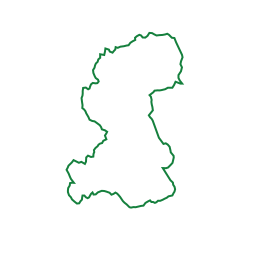 Carmo do Rio Verde, Goiás, Brazil, rotated 151°
{"feature_id": "56859067B98577330438289", "entity_name": "Carmo do Rio Verde", "entity_type": "district", "adm_level": 2, "iso_a3": "BRA", "parent_name": "Brazil", "parent_adm1": "Goiás", "projection": "robinson", "projection_center": [-49.728, -15.419], "detail": "fine", "context": "isolated", "style": "outline", "palette": "green", "viewbox_px": 256, "rotation_deg": 151, "n_neighbors": 0, "source": "geoboundaries", "source_scale": "gbopen_adm2", "svg_char_len": 2733}
<svg xmlns="http://www.w3.org/2000/svg" viewBox="0 0 256 256"><g transform="rotate(151 128 128)"><path d="M209.3,86.7L207.2,85.8L205.3,86.9L203.0,87.7L201.6,89.7L200.5,91.0L198.9,90.1L198.4,87.8L197.3,86.2L195.7,86.2L194.1,87.2L192.3,88.3L190.3,88.8L190.4,86.5L188.4,85.6L185.6,86.3L181.5,85.8L179.3,84.4L177.8,82.9L175.5,80.3L174.8,77.7L172.7,77.4L170.3,77.6L169.3,75.9L168.8,74.0L168.3,71.4L168.1,68.9L167.9,66.6L167.3,64.4L166.2,61.8L165.1,58.0L163.9,56.9L161.6,56.2L159.7,55.0L156.8,54.2L154.3,53.5L152.1,52.6L149.1,54.0L146.5,54.1L143.8,54.0L143.4,51.9L141.9,51.1L140.8,49.5L139.2,49.3L137.0,49.8L135.1,48.7L132.3,48.4L130.3,48.4L127.9,48.2L125.7,48.6L124.0,48.1L121.9,47.5L119.7,49.0L118.2,49.8L116.5,51.6L115.8,54.1L116.0,56.4L115.2,58.5L116.2,61.7L117.0,76.1L114.2,74.4L112.1,74.0L108.4,75.1L106.0,75.9L102.3,80.0L101.6,81.6L102.4,85.9L101.8,87.6L100.7,91.4L101.3,94.3L102.4,96.3L104.7,96.9L105.7,104.5L102.8,122.5L102.9,124.7L103.5,126.8L103.6,129.0L97.7,131.4L96.5,134.5L95.8,137.1L94.9,139.5L93.7,141.1L92.8,144.3L93.2,146.3L88.4,147.0L86.7,147.8L83.9,146.6L82.0,145.5L80.3,144.9L76.7,143.9L73.6,143.9L69.7,141.7L66.8,143.3L64.0,145.4L60.7,141.5L59.1,140.6L59.7,144.3L59.6,147.3L58.2,149.8L54.2,151.9L51.4,154.9L51.2,158.4L49.2,160.7L46.0,163.4L45.3,165.8L44.4,179.6L43.8,184.2L45.9,185.7L47.0,189.7L48.0,191.4L50.1,191.8L52.8,192.7L55.5,194.0L58.2,195.1L59.8,197.4L60.9,199.3L63.2,200.8L66.3,199.1L69.1,198.7L71.3,200.1L71.7,202.6L72.9,204.0L75.8,204.0L78.1,203.5L79.0,201.5L81.8,201.6L84.6,201.4L87.4,200.1L89.2,200.8L91.9,201.5L95.2,202.8L98.1,203.1L99.6,204.7L101.1,202.8L102.8,202.3L105.0,201.4L106.9,203.7L106.7,205.8L109.2,208.5L111.0,206.1L113.4,203.4L116.6,206.0L118.3,202.9L120.7,202.4L122.5,200.6L124.8,200.0L126.5,198.7L128.0,197.0L130.5,195.6L131.6,192.9L132.0,189.2L132.0,187.3L130.8,184.8L131.1,182.9L133.0,182.1L134.6,182.7L137.0,184.5L139.2,184.1L141.1,182.6L142.5,181.2L144.1,181.2L145.3,183.8L147.8,184.8L149.7,182.3L150.9,180.1L152.1,178.4L154.1,176.7L155.6,173.0L156.7,170.0L158.3,167.6L157.4,165.5L157.1,163.2L157.4,161.2L157.3,156.8L157.6,153.9L155.9,151.5L154.0,150.0L152.6,147.0L151.3,144.1L151.1,141.7L151.5,139.5L149.3,137.2L148.1,134.8L149.7,133.7L151.8,132.6L152.4,128.6L155.8,128.8L157.9,127.4L160.1,127.9L161.9,127.7L163.4,126.8L166.1,126.3L168.5,125.2L169.2,123.3L170.7,122.1L172.2,119.8L174.4,120.6L176.4,123.2L178.8,122.5L180.0,120.6L181.1,118.9L183.1,117.5L185.2,121.0L187.8,121.4L190.1,124.7L191.2,126.3L193.8,125.1L198.3,123.9L199.9,122.6L202.0,121.2L202.0,116.8L202.4,113.6L202.6,111.2L201.9,106.3L203.5,107.3L205.4,107.9L206.9,105.9L209.4,104.5L210.7,102.7L211.6,101.1L212.2,97.8L211.5,95.1L211.6,92.7L210.5,89.6L209.3,86.7Z" fill="none" stroke="#15803d" stroke-width="2"/></g></svg>